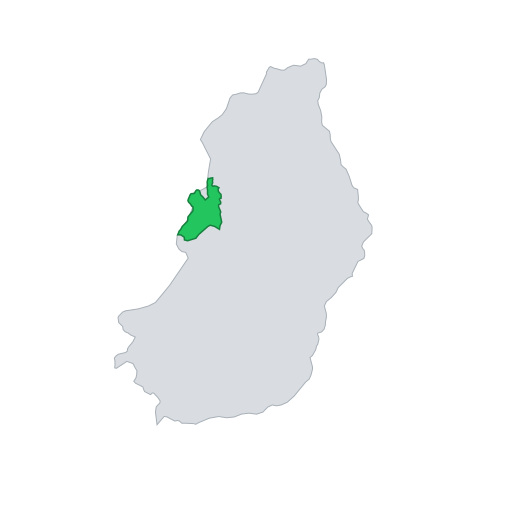 Hungary, with Nógrád highlighted, rotated 308°
{"feature_id": "HUN-3166", "entity_name": "Nógrád", "entity_type": "County", "adm_level": 1, "iso_a3": "HUN", "parent_name": "Hungary", "parent_adm1": "", "projection": "mercator", "projection_center": [19.65, 47.967], "detail": "fine", "context": "in_parent", "style": "filled", "palette": "green", "viewbox_px": 512, "rotation_deg": 308, "n_neighbors": 0, "source": "natural_earth", "source_scale": "10m", "svg_char_len": 3779}
<svg xmlns="http://www.w3.org/2000/svg" viewBox="0 0 512 512"><g transform="rotate(308 256 256)"><path d="M407.3,151.0L412.8,150.3L413.0,150.4L414.3,150.9L415.2,154.9L415.3,155.1L416.6,157.7L417.9,161.2L419.8,163.9L424.0,165.0L429.5,168.2L433.1,174.3L438.4,176.9L438.8,176.9L439.9,176.6L443.7,176.4L444.5,177.7L447.6,180.6L448.8,183.3L448.2,186.0L448.7,189.2L449.9,190.3L448.5,192.4L438.5,202.9L434.6,205.7L432.0,206.3L427.9,205.2L423.6,206.0L419.9,208.3L416.4,209.0L413.8,211.7L410.4,217.4L406.2,222.2L402.0,225.2L399.8,227.9L399.5,237.1L397.2,239.8L394.0,242.5L392.3,244.8L387.5,258.8L383.9,263.3L380.4,266.7L379.9,269.9L379.9,273.5L376.0,280.6L370.9,288.0L369.9,291.0L371.0,295.1L366.1,299.8L363.3,302.1L360.9,303.2L359.5,306.1L357.0,313.3L357.7,316.5L357.7,319.4L353.6,321.1L352.4,324.3L351.3,328.4L349.6,330.2L344.9,333.5L333.3,332.0L328.9,333.2L327.6,335.5L327.3,337.4L325.9,339.2L323.2,341.5L320.5,342.5L314.5,339.7L301.5,342.5L299.3,344.5L297.5,343.1L294.7,341.8L281.7,340.2L276.6,341.4L269.7,340.9L263.4,339.5L258.6,340.7L254.4,346.3L252.4,348.2L250.7,349.4L247.2,351.1L244.2,353.2L240.2,354.7L236.6,354.5L233.3,352.1L232.1,352.7L231.0,354.9L229.2,356.8L224.2,359.1L222.9,359.1L222.6,359.1L218.7,360.8L212.4,361.7L209.2,361.1L203.4,368.8L201.6,370.2L196.1,372.6L191.6,373.7L187.7,372.8L186.2,372.7L169.1,372.3L160.1,370.7L154.3,367.7L150.5,364.3L148.7,360.6L144.2,358.3L137.2,357.5L131.7,353.8L127.8,347.2L122.5,341.9L115.8,338.0L110.5,332.5L106.6,325.5L99.5,319.1L89.4,313.4L86.3,312.1L85.7,310.3L80.7,303.2L78.6,300.6L78.8,297.1L77.8,295.1L76.0,293.7L75.0,288.6L74.4,284.8L73.0,282.4L62.1,281.9L71.2,272.8L75.8,270.2L81.0,270.7L82.7,269.8L83.2,268.5L84.1,265.6L84.5,262.8L85.0,260.1L84.4,258.6L81.8,258.2L80.6,251.6L81.9,249.2L83.2,247.5L81.6,239.5L82.1,236.8L86.2,236.4L89.6,234.7L92.4,232.7L93.2,230.3L95.5,225.3L93.4,219.1L81.5,215.1L80.9,213.5L83.6,211.8L86.6,209.3L88.3,207.3L90.6,207.1L93.8,208.0L99.5,212.5L101.7,213.2L103.8,211.9L106.1,211.6L112.4,211.8L117.8,210.7L116.6,205.9L116.6,202.5L115.7,199.7L116.2,196.6L118.4,194.3L119.0,188.9L122.4,185.3L123.9,184.8L129.8,185.4L131.2,186.4L132.1,186.6L141.4,195.4L150.3,202.0L157.5,205.4L168.1,205.7L179.4,206.0L198.3,204.8L212.5,203.9L213.5,202.3L215.6,198.3L213.9,195.0L214.0,191.0L216.4,185.8L223.4,181.5L243.4,179.6L255.0,176.3L256.7,171.9L260.5,167.6L264.0,166.7L268.8,168.7L274.6,172.5L279.7,174.6L282.6,173.3L292.8,166.8L304.5,160.5L312.6,143.3L313.5,140.5L322.2,138.6L335.0,138.9L341.5,141.2L346.5,142.4L353.8,142.0L364.5,138.3L368.4,138.4L371.5,141.0L374.8,143.2L377.1,146.0L378.8,149.9L379.7,151.4L381.2,153.4L383.9,156.1L386.5,156.8L406.1,152.1L407.3,151.0Z" fill="#d9dde1" stroke="#a8b0b8" stroke-width="1"/><path d="M280.0,175.2L281.4,174.7L284.0,172.2L285.3,171.4L287.4,170.7L287.6,170.6L288.2,171.4L289.8,172.6L290.9,173.7L290.3,174.1L289.9,174.7L288.3,175.5L287.0,176.8L285.4,177.2L284.6,177.7L284.3,178.9L284.7,179.4L285.4,179.7L286.6,182.0L287.0,184.8L285.3,185.0L283.9,186.3L283.2,188.4L283.0,190.4L281.5,191.9L279.9,192.9L279.2,192.1L278.2,192.2L277.4,193.5L276.8,195.0L275.3,196.0L273.5,195.0L271.9,196.1L269.0,201.1L266.9,201.8L261.5,208.2L257.9,208.9L254.5,210.8L253.9,205.3L252.1,201.0L249.8,199.9L237.6,197.6L233.0,197.7L225.9,192.7L224.6,189.7L226.6,187.9L226.4,183.9L224.5,181.2L227.2,180.5L228.1,180.1L229.4,180.2L230.5,180.3L233.9,179.7L241.0,180.6L241.6,180.5L245.0,178.3L252.8,178.5L255.8,176.3L255.9,175.8L255.9,175.4L255.9,174.9L255.8,174.4L256.5,172.9L257.0,169.6L257.7,168.3L258.7,167.8L263.9,166.4L264.5,166.4L265.1,166.5L265.7,167.1L267.0,168.6L267.6,168.9L270.2,168.4L271.5,168.6L272.5,169.9L272.6,170.7L272.3,171.5L272.1,172.2L270.2,174.6L269.8,178.0L268.9,181.5L273.4,182.4L275.0,179.6L277.7,177.6L280.0,175.2Z" fill="#22c55e" stroke="#15803d" stroke-width="1.5"/></g></svg>